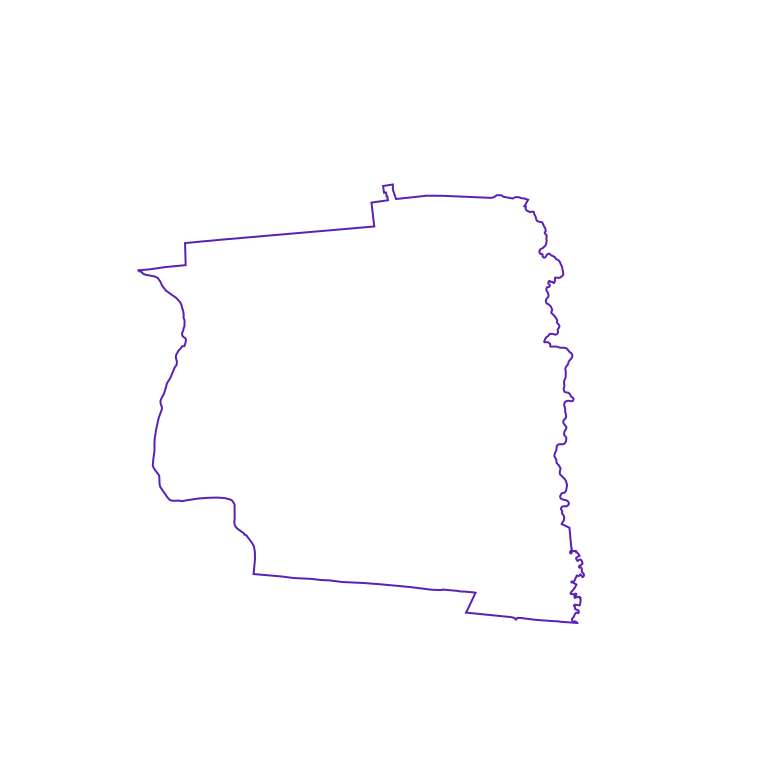 Olteni, Teleorman, Romania, rotated 203°
{"feature_id": "2599482B69611777068875", "entity_name": "Olteni", "entity_type": "district", "adm_level": 2, "iso_a3": "ROU", "parent_name": "Romania", "parent_adm1": "Teleorman", "projection": "mercator", "projection_center": [25.276, 44.194], "detail": "fine", "context": "isolated", "style": "outline", "palette": "violet", "viewbox_px": 768, "rotation_deg": 203, "n_neighbors": 0, "source": "geoboundaries", "source_scale": "gbopen_adm2", "svg_char_len": 6166}
<svg xmlns="http://www.w3.org/2000/svg" viewBox="0 0 768 768"><g transform="rotate(203 384 384)"><path d="M622.2,436.0L613.0,415.9L631.0,406.2L645.3,397.5L655.2,392.4L654.1,392.5L652.9,392.1L651.3,392.5L648.7,391.4L646.8,391.3L637.0,393.4L633.7,393.2L629.7,390.7L626.8,387.9L621.1,384.7L609.1,382.1L604.0,379.9L601.1,377.4L599.5,375.0L598.1,373.6L596.3,371.2L595.9,369.9L595.0,368.7L594.7,367.0L592.5,364.7L590.5,359.9L590.2,359.0L590.3,357.5L589.7,354.6L589.8,352.2L589.2,350.6L588.1,349.4L586.6,348.8L585.2,348.7L583.7,347.7L582.9,344.7L582.5,340.9L584.6,339.8L585.0,337.6L586.2,334.3L586.7,329.5L585.9,326.9L583.6,324.0L582.9,322.5L582.4,320.2L583.0,318.2L583.1,316.0L583.1,306.0L584.0,300.2L583.9,298.0L583.5,296.5L582.8,289.4L582.9,286.9L583.2,284.8L583.2,281.7L582.9,280.5L582.2,279.2L581.4,278.0L579.4,275.9L578.6,274.1L578.2,265.5L577.7,262.0L575.5,250.9L574.7,248.4L574.2,245.7L572.1,239.6L569.1,232.7L567.0,224.7L565.1,218.9L564.6,218.2L563.4,216.9L561.1,215.3L555.5,212.1L554.7,211.0L551.3,203.8L549.6,201.7L539.3,195.2L536.5,193.8L535.3,193.6L533.3,193.9L531.9,194.3L526.8,196.7L524.1,197.2L519.6,200.3L510.0,206.1L501.7,210.4L492.6,214.5L486.1,216.7L481.2,217.5L478.9,217.6L477.2,216.8L474.4,214.6L468.8,201.5L468.0,198.9L467.2,197.2L466.1,195.6L463.8,194.1L462.0,193.4L454.6,191.8L453.7,190.8L452.0,191.1L443.6,186.3L440.5,183.9L437.5,179.5L434.3,172.4L429.8,158.1L402.8,166.9L391.3,170.1L375.4,176.0L365.2,179.0L357.8,181.8L344.8,185.5L325.4,192.7L310.1,197.9L280.0,207.5L259.9,213.2L252.4,216.0L249.5,217.5L249.5,217.8L235.1,222.4L232.4,222.9L228.7,224.4L219.4,227.4L218.2,227.6L218.8,210.9L219.2,205.6L175.5,219.2L172.6,219.6L170.5,218.6L169.9,220.8L166.2,222.2L152.5,226.1L136.5,231.5L131.4,233.4L128.7,234.1L112.8,239.5L113.4,240.0L115.3,240.1L117.0,239.3L117.8,239.2L119.0,240.5L119.1,241.6L118.2,244.0L118.5,245.8L117.9,248.2L117.5,248.8L115.6,249.1L115.5,249.9L116.2,251.2L116.6,251.5L119.0,251.6L119.8,251.4L120.5,252.1L121.3,253.6L122.4,254.0L122.6,254.5L122.3,255.2L120.9,255.8L117.4,256.7L117.5,258.4L118.8,262.6L119.7,263.0L119.7,264.1L121.0,264.5L123.0,263.3L124.5,261.9L125.1,261.8L125.6,262.5L125.7,263.3L124.6,264.9L124.6,265.3L124.8,265.7L125.4,266.0L126.1,265.7L126.7,264.5L127.0,264.3L128.5,264.3L129.8,263.7L130.1,263.8L130.5,264.3L130.5,265.3L128.9,270.3L128.4,274.5L128.7,274.7L130.8,274.8L131.9,275.2L133.8,274.6L134.2,274.9L134.0,275.6L132.4,276.2L131.8,277.2L131.7,279.2L132.0,280.1L131.5,281.4L131.8,282.6L131.7,283.0L129.8,283.3L129.3,284.0L128.9,285.4L128.0,285.2L126.0,283.9L125.3,284.3L125.1,285.1L125.2,286.0L125.8,287.1L127.5,288.0L128.0,288.1L128.6,288.8L129.2,289.8L129.5,290.9L130.0,291.6L131.2,292.1L132.2,291.3L132.9,291.6L133.2,292.3L133.1,292.9L131.2,295.4L131.1,295.9L131.3,296.7L133.0,298.6L134.5,299.1L135.2,299.0L135.7,298.6L136.4,296.9L136.9,296.8L137.8,297.3L138.8,298.1L139.0,299.2L137.7,301.4L136.9,302.0L136.9,302.4L140.5,304.5L141.3,304.1L142.2,305.3L144.5,304.2L145.3,303.0L145.7,301.1L146.4,301.0L147.1,302.1L147.0,303.1L146.3,304.3L146.5,305.4L147.5,306.3L157.1,324.1L165.7,324.5L165.7,326.0L165.2,328.9L165.9,331.2L166.6,332.4L167.7,333.5L169.5,334.3L170.3,336.6L172.2,338.0L172.5,339.2L172.4,340.0L171.8,341.1L169.5,342.3L168.2,342.6L167.1,344.5L167.0,345.9L167.2,346.4L168.2,347.5L169.5,348.0L170.8,348.2L174.6,347.5L176.1,347.6L177.1,348.1L177.8,349.1L178.1,349.9L177.9,352.0L177.7,352.7L177.4,353.1L175.6,354.3L174.9,355.7L174.9,357.9L175.7,361.5L176.4,363.1L178.6,365.7L180.0,366.9L186.6,369.6L187.2,370.3L188.0,372.3L188.5,375.3L190.8,377.2L194.3,378.8L195.9,381.7L198.7,383.9L199.1,384.4L199.6,387.0L199.5,390.3L200.6,394.1L200.4,395.7L199.3,397.0L196.4,398.1L195.2,399.0L194.4,400.1L194.2,401.1L194.2,402.7L195.0,405.4L195.6,406.2L198.3,407.6L198.8,408.4L199.3,410.9L199.2,412.2L198.8,413.7L199.0,415.1L199.5,415.8L202.9,417.6L204.2,419.0L204.4,419.8L204.4,420.8L203.5,423.3L203.4,424.4L203.9,425.8L204.6,427.1L206.5,429.3L207.3,431.7L210.1,435.2L210.4,436.5L210.4,437.6L209.7,439.2L208.1,440.5L204.2,441.6L203.7,442.2L203.5,442.9L203.6,444.1L203.9,444.7L204.6,445.1L207.1,445.6L208.5,447.0L209.9,447.7L211.2,448.0L212.6,447.5L214.8,447.4L216.2,448.8L216.7,449.8L217.0,452.0L217.6,453.6L219.0,455.7L219.4,457.9L219.3,460.5L219.7,461.9L221.1,465.6L222.9,468.5L223.2,469.3L223.1,471.5L222.4,473.4L222.7,477.0L221.5,481.0L221.3,482.5L222.1,484.5L223.9,485.7L226.1,486.1L228.9,487.8L230.4,488.1L233.2,487.5L235.8,486.2L239.9,485.9L244.9,483.6L245.8,483.7L246.4,485.4L247.0,485.9L248.7,486.5L249.8,486.4L252.6,485.2L253.2,485.7L253.1,489.5L252.8,490.5L251.5,492.6L251.1,494.7L250.8,495.0L248.0,496.1L245.6,496.3L244.4,497.4L244.0,498.7L244.1,499.9L245.4,501.8L244.9,504.6L245.1,505.9L246.3,506.9L249.0,508.2L249.2,509.9L249.9,510.9L253.2,513.0L257.7,514.8L258.0,515.3L258.2,518.1L260.5,520.4L263.5,521.7L265.5,521.6L266.6,522.3L267.6,523.8L267.7,524.6L267.7,525.4L266.8,528.7L267.0,529.3L267.4,530.3L268.9,532.3L270.8,533.2L271.8,535.2L271.9,535.8L271.4,537.0L269.9,537.9L269.7,539.1L270.2,540.0L272.1,540.8L272.5,541.8L272.3,543.1L271.6,543.7L270.4,543.2L268.7,543.8L267.5,543.2L267.0,543.5L266.8,545.3L267.9,548.0L267.9,548.8L264.4,550.1L263.5,550.7L261.9,553.6L261.7,554.8L261.9,555.4L266.0,561.6L268.2,563.4L269.8,565.1L271.5,566.0L274.7,566.4L276.5,567.6L280.3,567.8L282.8,568.5L283.6,568.1L284.3,567.3L284.6,566.5L285.0,563.8L285.6,563.0L286.1,562.8L287.7,563.2L288.6,565.1L289.1,565.3L290.0,565.3L290.3,564.9L290.7,564.8L292.0,565.6L292.7,566.4L292.9,568.2L292.4,569.6L290.9,571.2L290.1,573.3L289.5,574.3L289.5,576.3L290.2,579.4L291.3,581.2L292.1,583.8L292.7,584.6L294.8,585.5L295.2,586.2L294.9,587.9L295.2,588.7L296.7,590.5L298.1,591.5L301.5,594.6L305.8,593.8L307.1,594.1L308.2,595.1L309.9,597.3L312.5,599.5L313.0,600.6L313.5,601.0L315.6,600.3L316.9,599.2L320.5,599.5L321.7,600.2L322.6,601.5L322.8,602.9L324.2,602.5L323.3,609.9L327.3,609.6L330.0,608.7L332.6,608.7L335.9,607.5L338.1,605.0L347.4,603.0L349.5,603.6L353.8,602.0L356.0,598.7L358.1,597.2L402.9,580.4L418.1,574.1L445.2,559.0L451.7,566.3L453.8,571.1L462.2,565.9L458.7,560.1L457.0,561.1L454.7,557.5L454.2,557.8L452.1,554.7L466.4,546.1L454.5,525.2L593.5,451.5L622.2,436.0Z" fill="none" stroke="#5b21b6" stroke-width="2"/></g></svg>